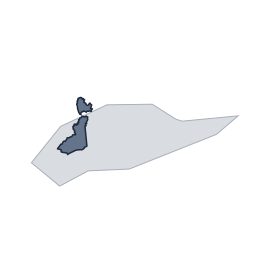 Ngatpang, Aimeliik, Palau (highlighted), rotated 59°
{"feature_id": "81905179B51358963868347", "entity_name": "Ngatpang", "entity_type": "district", "adm_level": 2, "iso_a3": "PLW", "parent_name": "Palau", "parent_adm1": "Aimeliik", "projection": "mercator", "projection_center": [134.507, 7.458], "detail": "fine", "context": "in_parent", "style": "filled", "palette": "slate", "viewbox_px": 256, "rotation_deg": 59, "n_neighbors": 0, "source": "geoboundaries", "source_scale": "gbopen_adm2", "svg_char_len": 4607}
<svg xmlns="http://www.w3.org/2000/svg" viewBox="0 0 256 256"><g transform="rotate(59 128 128)"><path d="M142.6,216.5L108.0,228.7L91.9,184.9L97.3,134.1L120.1,95.0L145.0,82.5L150.1,78.0L174.3,27.3L179.0,55.3L163.8,148.1L144.2,184.3L142.6,216.5Z" fill="#d9dde1" stroke="#a8b0b8" stroke-width="1"/><path d="M98.6,174.7L99.0,174.7L99.7,174.9L100.5,175.5L100.8,175.1L101.1,175.1L101.5,175.2L102.2,175.4L102.8,175.3L103.2,175.2L103.8,175.7L103.9,176.0L104.2,176.1L104.6,175.8L105.1,176.1L105.8,175.9L106.1,176.1L106.6,176.3L106.5,176.8L105.6,178.3L105.5,178.6L105.5,179.0L106.3,180.4L106.4,180.6L106.4,181.0L106.3,181.3L106.0,181.8L106.0,182.0L105.9,182.4L106.0,183.0L106.0,183.3L105.9,183.5L105.6,184.2L105.4,184.6L105.2,185.5L105.7,185.8L107.0,188.3L107.1,188.7L106.4,189.3L106.3,189.9L106.5,190.9L107.9,193.0L107.4,193.7L107.4,194.4L107.9,195.1L108.1,195.6L108.6,197.1L108.9,197.4L109.1,198.5L109.6,199.1L109.9,198.9L112.1,196.6L112.4,196.5L112.7,196.6L112.9,196.7L113.1,197.1L113.5,197.4L114.1,197.5L115.0,196.8L117.5,193.8L118.0,193.3L118.7,193.2L119.5,193.4L119.6,193.1L119.5,191.7L120.2,184.1L121.0,181.9L121.5,181.4L121.6,181.0L121.7,180.6L121.9,180.2L122.7,179.1L122.9,178.7L123.0,178.3L122.9,177.6L123.0,176.9L122.7,175.8L122.3,175.4L122.1,175.1L122.2,174.7L122.3,174.0L122.4,173.5L122.3,172.5L104.2,163.9L104.3,163.7L104.4,163.2L104.5,163.1L104.5,162.9L104.4,162.8L104.0,162.7L103.6,162.5L103.4,162.4L102.6,162.4L102.4,162.3L102.2,162.1L102.5,161.8L102.5,161.7L102.9,161.4L102.9,161.2L102.5,161.1L101.9,160.7L101.4,160.3L100.8,159.4L100.2,158.4L99.9,158.1L99.4,157.9L98.9,157.8L98.6,157.6L98.3,157.4L97.9,156.9L97.7,156.9L97.5,157.0L97.1,157.4L96.8,157.5L96.7,157.5L96.3,157.7L96.2,157.9L96.2,158.0L96.2,158.5L96.3,158.5L96.2,158.7L96.3,159.0L96.1,159.2L96.1,159.4L96.0,159.6L95.9,159.7L95.9,159.8L95.9,160.0L95.7,160.1L95.3,160.3L95.1,160.4L94.7,160.6L94.6,160.9L94.4,161.0L94.3,161.4L94.9,162.6L95.0,162.8L95.0,163.2L94.8,164.0L94.8,164.3L95.3,164.8L95.5,165.1L95.6,165.4L95.5,165.9L95.5,166.0L96.1,166.3L96.5,166.3L96.8,166.7L96.8,167.0L96.8,167.3L97.4,167.3L97.5,167.3L97.9,167.7L97.9,168.1L97.8,168.3L98.5,168.5L98.5,169.0L98.4,169.2L98.3,169.3L98.9,169.4L99.0,169.5L98.9,169.8L98.8,170.0L99.0,170.6L98.9,170.7L98.8,170.8L98.7,170.9L98.4,170.7L98.3,170.9L97.9,170.9L97.6,171.0L97.5,171.3L97.6,171.7L97.6,171.8L97.5,172.0L97.2,172.0L97.2,172.3L97.6,172.3L97.8,172.4L97.9,172.8L98.0,173.0L98.3,173.1L98.2,173.7L98.5,173.9L98.5,174.0L98.5,174.5L98.6,174.7ZM92.1,161.5L91.9,161.4L92.0,161.4L92.0,161.2L91.9,161.2L91.7,161.3L91.8,161.4L91.7,161.6L91.6,161.4L91.5,161.2L91.3,161.1L91.2,161.0L91.0,160.9L90.9,160.7L90.7,160.4L90.7,160.0L90.6,159.5L90.4,159.2L90.5,158.8L90.6,158.7L90.6,158.3L90.7,158.1L90.7,157.8L90.8,157.8L90.8,157.6L90.9,157.3L91.0,156.9L91.3,156.6L91.7,156.4L92.1,156.1L92.5,155.8L92.6,155.7L92.9,155.6L92.8,155.4L92.6,154.8L92.7,154.5L92.6,154.2L92.9,153.7L93.2,153.4L93.3,153.3L93.3,153.0L93.4,152.9L93.5,152.7L93.5,152.4L93.6,152.2L93.6,151.9L93.7,151.7L93.8,151.6L93.9,151.4L94.0,151.4L94.3,151.3L94.6,151.3L94.8,151.2L94.8,150.9L94.7,150.7L94.2,150.4L93.8,150.3L93.7,150.2L93.5,149.8L93.4,149.4L93.5,149.2L93.4,149.0L93.3,148.8L93.2,148.8L92.9,149.0L92.7,149.0L92.6,149.3L92.3,149.6L92.1,149.7L91.9,149.8L91.7,150.0L91.4,149.6L91.3,149.4L91.1,149.1L90.7,148.8L90.4,148.3L90.4,148.2L90.1,147.9L89.9,147.6L89.6,147.4L89.3,147.3L89.2,147.4L88.8,147.5L88.7,147.6L88.3,147.8L87.5,147.8L87.3,147.7L87.1,148.0L87.0,148.3L87.1,148.5L87.2,148.9L87.3,149.0L87.8,149.9L87.9,150.0L87.9,150.3L87.9,150.6L87.7,151.1L87.2,151.5L86.9,151.7L86.5,151.8L86.3,151.8L86.0,151.8L85.8,151.6L85.6,151.6L85.3,151.5L85.0,151.5L84.9,151.5L84.5,151.7L84.3,151.9L84.4,152.0L84.2,152.3L84.0,152.5L84.0,152.8L84.0,152.7L83.9,152.6L83.6,152.6L83.6,152.4L83.4,152.3L83.0,152.2L82.9,152.1L82.6,151.9L82.4,152.0L82.2,151.8L81.9,151.7L81.6,151.6L81.4,151.5L81.6,151.3L81.5,151.2L81.5,150.8L81.1,150.9L79.9,151.2L79.9,151.6L80.0,151.7L79.9,151.7L79.9,151.8L79.7,152.0L79.7,151.9L79.3,152.2L79.2,152.3L78.9,152.2L78.6,152.1L78.2,152.1L77.9,152.4L77.8,152.6L77.7,152.6L77.5,152.8L77.6,153.1L77.5,153.3L77.4,153.3L77.2,153.6L77.1,153.9L77.1,154.1L77.2,154.3L77.1,154.6L77.0,154.8L77.0,155.0L77.0,155.3L77.2,155.7L77.3,155.7L77.4,155.8L77.4,156.2L77.7,156.4L77.9,156.4L78.0,156.4L78.2,156.6L78.3,156.6L78.3,156.8L78.4,157.0L78.6,157.2L78.7,157.4L78.9,157.8L79.2,158.1L79.5,158.2L80.0,158.2L80.4,158.4L80.5,158.5L80.7,159.0L80.8,159.0L80.9,159.3L81.0,159.5L80.9,159.5L81.0,159.7L80.9,159.7L83.4,160.2L85.3,161.2L89.0,162.1L89.7,162.2L91.3,162.0L92.1,161.5Z" fill="#64748b" stroke="#1e293b" stroke-width="1.5"/></g></svg>